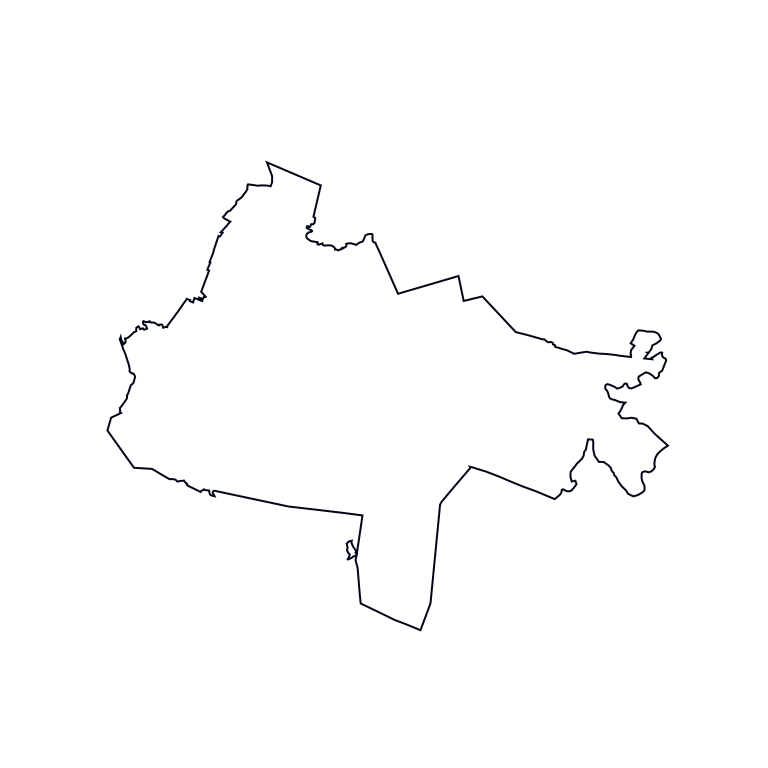 the district of Tetecala, Morelos, Mexico, rotated 253°
{"feature_id": "50627088B24263329941793", "entity_name": "Tetecala", "entity_type": "district", "adm_level": 2, "iso_a3": "MEX", "parent_name": "Mexico", "parent_adm1": "Morelos", "projection": "orthographic", "projection_center": [-99.406, 18.688], "detail": "fine", "context": "isolated", "style": "outline", "palette": "ink", "viewbox_px": 768, "rotation_deg": 253, "n_neighbors": 0, "source": "geoboundaries", "source_scale": "gbopen_adm2", "svg_char_len": 6142}
<svg xmlns="http://www.w3.org/2000/svg" viewBox="0 0 768 768"><g transform="rotate(253 384 384)"><path d="M388.4,536.3L395.1,525.2L439.0,503.7L440.1,484.5L465.5,486.8L466.2,423.8L515.0,417.9L519.3,417.2L521.6,417.1L522.0,416.3L523.1,415.3L524.1,414.9L530.5,416.7L531.1,416.1L531.7,413.8L531.9,412.4L531.5,409.5L529.8,408.3L526.9,405.8L526.4,404.2L526.4,402.1L525.9,400.1L525.1,398.3L528.3,393.4L528.9,391.2L529.0,388.8L528.8,388.8L527.2,388.4L526.7,388.0L526.4,387.4L526.1,386.3L526.0,385.0L525.6,383.7L526.3,383.6L525.3,382.1L525.5,380.3L525.2,379.2L527.1,377.1L526.9,376.6L528.5,376.6L529.7,376.1L530.7,375.3L532.0,373.9L532.8,371.6L534.0,366.9L534.8,366.3L536.5,366.2L536.3,364.0L536.4,362.1L537.0,361.9L537.2,361.3L539.0,362.0L541.5,356.9L542.3,355.6L546.1,352.8L547.1,352.9L547.7,352.8L548.5,353.0L549.6,353.6L550.3,354.6L550.6,355.4L550.9,355.6L550.8,357.9L550.9,359.1L551.1,359.8L551.5,360.0L552.0,359.8L554.2,357.2L556.0,355.7L556.5,355.9L557.4,356.6L557.3,357.2L556.1,358.1L556.0,359.1L556.1,359.5L556.9,360.0L558.1,361.2L557.4,363.0L558.3,364.5L558.7,364.9L559.9,365.3L561.6,366.3L563.0,366.7L564.5,365.4L592.4,381.6L630.1,336.9L615.5,337.8L609.5,335.9L606.7,333.6L606.3,333.4L608.0,330.1L609.9,324.5L610.6,320.8L611.0,320.3L614.7,312.4L614.6,312.0L613.3,311.6L613.2,311.2L610.0,310.2L607.7,307.3L604.3,302.7L603.4,300.6L602.4,297.4L602.1,296.7L601.3,296.1L599.2,295.0L598.5,294.0L594.7,287.5L594.8,286.0L594.1,284.1L593.5,283.0L592.3,281.6L590.7,278.8L588.9,279.7L584.2,284.5L582.4,281.4L581.2,279.9L579.6,276.9L578.6,275.4L576.9,272.3L575.9,273.9L573.0,270.2L573.9,269.0L566.5,263.7L561.8,260.4L558.8,258.6L551.6,252.8L551.0,253.5L544.9,248.4L543.6,249.9L525.6,236.1L518.8,239.4L520.3,237.5L518.2,235.6L520.8,232.3L520.1,231.8L517.2,234.8L516.5,234.3L521.6,227.9L519.5,226.3L517.8,225.4L519.9,222.6L520.9,223.2L523.1,220.1L522.3,219.4L521.5,218.4L518.8,214.7L518.6,214.6L512.7,207.1L511.7,205.4L510.6,204.3L503.2,194.1L501.8,193.3L502.5,191.9L502.3,189.4L505.7,189.1L506.4,186.7L505.8,185.8L510.0,182.1L510.3,180.8L511.2,178.6L512.1,178.7L512.5,178.1L512.6,177.7L512.2,176.6L512.6,175.4L512.7,174.2L514.3,172.6L514.4,172.1L514.1,171.8L512.5,171.3L511.1,171.7L510.6,172.0L509.8,173.2L509.3,173.4L506.2,173.6L506.0,170.5L507.7,169.7L507.8,169.2L507.7,166.9L510.8,166.2L510.7,165.0L510.1,163.5L507.0,162.5L506.7,161.7L506.7,160.1L505.6,158.2L504.4,155.5L503.6,154.2L502.9,151.1L503.1,149.9L503.2,149.6L501.0,149.6L499.2,148.8L498.3,146.7L499.0,146.8L502.4,145.7L503.8,145.7L505.9,145.9L503.8,144.3L501.6,144.6L499.7,144.6L497.6,144.8L493.9,144.8L488.6,145.4L476.9,145.6L472.6,145.2L470.4,144.3L468.0,145.8L467.6,147.0L466.4,147.8L464.7,148.1L463.7,148.1L458.8,145.1L457.8,143.9L456.9,141.6L456.0,140.8L454.9,140.4L454.2,139.5L452.9,138.9L452.5,138.4L451.4,137.8L450.6,137.1L449.2,136.1L448.5,135.0L445.5,134.0L444.6,133.1L443.5,131.7L439.1,125.9L438.2,124.3L436.6,124.2L435.0,123.4L434.6,123.4L433.2,124.2L431.6,113.2L420.4,105.9L377.0,120.4L370.6,137.4L360.1,146.9L355.9,150.9L355.5,151.7L354.7,154.4L353.7,156.3L353.2,156.8L351.1,158.0L350.8,160.8L350.1,164.5L349.7,164.5L347.7,165.5L347.2,165.5L347.1,165.9L345.7,166.6L344.7,166.2L344.2,166.6L334.4,177.0L335.1,177.5L335.5,180.5L335.9,180.9L334.5,182.6L333.3,185.6L330.2,185.2L328.4,185.7L326.2,189.1L330.5,188.4L331.6,189.7L331.5,190.6L294.8,256.8L271.9,309.0L264.6,325.0L229.0,308.1L230.7,307.5L230.8,308.5L233.8,308.1L237.9,306.8L242.4,306.5L243.5,307.3L243.7,304.2L242.3,301.7L238.2,301.3L236.0,300.1L233.1,300.3L230.9,301.5L228.7,299.7L226.4,297.5L226.8,298.5L227.2,302.3L227.9,303.8L228.2,307.7L224.1,305.3L215.9,305.0L190.7,299.5L181.4,297.6L181.1,297.7L180.8,297.7L154.9,325.6L149.1,333.2L137.9,346.9L160.6,364.3L252.1,402.3L254.5,404.6L265.6,421.7L273.4,434.0L278.7,442.3L279.7,442.0L278.7,443.8L270.6,455.7L267.5,459.7L262.1,466.6L250.8,480.1L245.3,486.9L236.8,498.2L224.0,513.6L226.1,518.6L226.9,520.2L228.3,521.8L229.3,522.5L230.7,522.9L231.0,524.4L228.6,526.9L227.6,528.3L227.2,530.0L227.2,531.8L229.2,535.2L231.9,538.8L235.5,538.7L235.9,535.0L241.0,535.2L245.5,536.8L250.3,543.8L251.3,545.0L254.6,551.3L257.0,553.9L260.4,555.5L262.3,557.9L271.4,562.9L269.8,567.4L267.5,567.2L260.5,565.0L254.0,564.4L246.6,566.8L245.3,571.2L240.9,574.6L237.7,576.3L235.4,576.3L233.3,576.8L232.1,577.6L231.0,577.7L229.7,577.5L228.7,577.9L226.8,578.9L222.5,579.5L217.2,581.2L210.9,584.6L208.1,585.1L206.2,586.7L203.7,589.6L203.5,593.1L203.9,595.9L204.6,598.6L205.2,600.5L206.2,601.9L208.6,602.9L210.9,603.3L214.9,602.6L216.7,602.6L219.0,602.9L221.6,603.7L223.3,604.5L224.2,605.4L224.2,607.9L223.7,609.0L222.2,611.2L222.2,613.8L223.0,615.8L224.1,617.5L225.5,618.9L227.1,618.9L228.7,619.2L232.8,621.1L234.7,622.5L236.8,624.7L238.8,628.2L240.8,633.2L242.0,637.5L256.9,628.5L266.7,623.8L270.5,619.8L271.8,616.2L277.0,615.2L279.3,611.0L280.2,605.8L281.8,601.3L287.3,599.6L288.9,601.9L291.9,604.9L293.8,606.2L295.6,609.3L297.7,604.3L301.1,600.2L302.7,597.5L304.3,595.8L306.6,595.5L309.7,595.7L312.5,595.3L314.3,594.4L316.2,594.5L318.2,595.7L318.6,597.6L316.8,600.3L313.8,603.7L311.5,605.5L311.4,608.5L311.9,611.6L313.4,613.1L314.0,614.9L313.2,616.2L310.7,616.3L308.3,617.3L307.4,619.7L308.6,629.5L310.6,629.3L314.5,628.6L316.6,629.7L317.4,632.7L318.6,637.9L316.3,641.1L312.9,643.7L310.3,644.9L309.8,647.0L311.4,649.2L314.3,650.4L315.4,653.9L324.0,660.7L325.7,660.8L327.0,659.4L328.9,658.3L331.1,658.4L332.5,659.2L333.0,658.8L333.3,657.1L332.9,655.9L332.4,653.7L331.0,649.1L330.9,647.6L329.2,647.8L332.3,640.4L336.4,645.9L337.0,645.3L336.8,646.5L339.3,649.9L342.4,651.9L343.2,656.3L344.7,660.6L345.6,661.6L346.3,662.1L348.9,661.7L352.1,660.8L354.7,657.9L355.4,656.3L356.4,653.6L357.0,651.4L359.4,647.0L360.9,642.9L359.5,640.5L357.5,638.4L353.8,635.4L350.8,631.8L347.3,634.7L344.1,630.2L340.6,628.5L339.4,628.8L337.6,628.1L340.6,621.2L342.0,618.1L342.0,617.8L344.1,613.8L346.7,607.8L348.7,602.7L350.1,598.7L353.6,590.9L355.7,586.9L357.3,574.7L362.8,568.8L363.1,568.2L366.1,563.6L368.0,561.0L369.3,558.6L370.9,558.9L371.4,558.6L372.5,557.1L373.7,557.5L374.1,557.3L375.3,556.1L375.9,553.2L377.9,551.5L379.8,550.5L380.4,548.6L388.4,536.3Z" fill="none" stroke="#020617" stroke-width="2"/></g></svg>